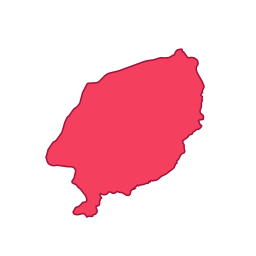 Upper Takutu-Upper Essequibo, Albers equal-area conic projection, rotated 230°
{"feature_id": "GUY-674", "entity_name": "Upper Takutu-Upper Essequibo", "entity_type": "Region", "adm_level": 1, "iso_a3": "GUY", "parent_name": "Guyana", "parent_adm1": "", "projection": "albers", "projection_center": [-59.289, 2.847], "detail": "fine", "context": "isolated", "style": "filled", "palette": "rose", "viewbox_px": 256, "rotation_deg": 230, "n_neighbors": 0, "source": "natural_earth", "source_scale": "10m", "svg_char_len": 4104}
<svg xmlns="http://www.w3.org/2000/svg" viewBox="0 0 256 256"><g transform="rotate(230 128 128)"><path d="M91.7,62.9L91.3,62.7L91.4,61.2L91.1,60.9L90.8,60.6L90.0,59.1L88.0,57.3L87.5,56.4L87.6,55.0L88.3,54.0L88.5,53.2L87.2,52.2L84.7,51.4L83.8,50.7L83.1,49.2L83.0,48.6L83.0,48.1L83.1,47.0L83.3,46.7L83.8,46.0L83.9,45.6L83.8,45.2L83.2,44.6L83.1,44.3L83.7,43.2L85.7,41.2L86.1,39.8L86.1,39.4L86.8,39.3L88.9,39.5L90.1,39.4L90.6,39.1L91.1,38.8L91.5,38.4L91.7,38.0L93.6,34.2L94.0,33.7L94.6,33.0L95.0,32.5L95.5,32.2L95.9,32.0L96.4,31.7L97.6,31.4L98.9,31.9L99.4,32.9L99.6,33.8L100.4,35.8L100.7,36.7L100.7,37.4L100.4,37.8L100.1,38.2L99.8,39.0L99.6,40.2L99.6,42.7L100.1,45.1L100.1,45.7L99.8,46.2L99.1,47.0L98.8,47.5L98.5,48.3L98.5,48.8L98.7,49.4L99.1,49.9L99.6,50.3L100.0,50.6L101.9,51.5L102.8,51.8L103.6,52.0L111.5,52.3L114.9,51.7L115.7,51.7L116.9,51.9L117.3,51.9L117.8,51.8L118.2,51.7L120.8,50.4L121.2,50.3L121.6,50.2L121.9,50.2L122.3,50.2L122.7,50.4L123.0,50.6L123.2,50.9L123.7,52.2L124.0,53.7L124.3,54.3L124.6,54.9L128.5,60.0L129.1,60.5L129.5,60.8L130.3,61.0L132.2,61.0L132.9,60.9L133.1,60.8L133.5,60.6L134.4,59.9L136.0,58.2L137.1,56.9L144.8,50.0L145.2,49.5L146.3,47.6L147.2,46.6L148.0,45.9L149.2,45.1L150.7,44.5L151.2,44.3L152.1,44.2L152.6,44.2L153.0,44.3L153.9,44.5L155.7,45.2L158.4,46.4L159.3,48.0L162.8,52.9L165.1,61.0L165.2,61.5L165.1,62.3L164.7,63.9L164.7,64.7L164.8,65.7L166.7,73.2L167.1,74.4L167.6,75.3L173.0,83.4L174.8,87.2L175.2,88.0L175.3,89.3L175.3,90.7L177.3,98.4L177.3,99.5L177.0,102.2L177.2,103.8L177.5,105.4L178.1,107.2L184.3,116.0L187.9,124.6L188.1,125.7L187.9,126.2L183.4,132.3L182.5,134.0L182.3,134.5L182.2,135.3L182.2,136.2L182.9,143.6L182.8,145.3L182.7,146.6L182.5,147.7L181.7,149.6L177.8,157.4L168.5,183.2L166.4,187.3L164.0,190.9L161.1,197.8L160.4,198.7L157.9,201.3L155.9,204.2L155.4,205.5L154.9,209.0L154.2,209.9L154.6,211.1L155.7,213.4L156.1,214.6L156.1,216.0L155.7,217.0L153.9,219.9L153.5,219.9L153.0,219.6L152.5,219.4L152.3,219.1L152.0,218.8L151.7,218.7L151.5,218.8L150.7,219.4L150.4,219.5L144.4,219.0L143.5,219.1L142.9,219.6L141.3,221.9L140.3,222.9L139.2,223.7L137.8,224.2L136.7,224.5L135.6,224.6L134.6,224.4L133.4,223.9L131.9,222.7L131.4,221.5L131.1,220.3L130.2,218.9L129.1,218.0L127.9,217.4L127.6,217.2L125.3,216.4L115.6,214.6L111.9,213.4L110.9,212.9L110.1,211.9L108.9,209.1L108.4,208.5L107.3,207.9L107.1,206.9L107.0,205.8L106.3,204.9L105.8,204.8L104.6,205.2L103.9,205.0L103.7,204.7L103.2,203.8L103.0,203.5L102.7,203.3L102.0,203.2L101.7,203.1L101.2,202.5L100.1,200.5L99.5,199.9L97.7,198.4L96.7,197.2L95.1,194.5L93.9,193.5L92.7,193.1L91.6,193.3L90.6,193.5L89.5,193.6L88.8,193.4L88.2,193.1L87.7,192.7L86.4,191.4L86.3,190.9L87.2,189.6L88.5,187.3L88.4,186.6L88.2,186.5L87.9,186.6L87.1,186.4L85.0,185.6L84.3,185.5L83.1,185.9L82.4,185.9L81.9,185.3L81.6,184.1L81.5,182.8L81.5,181.9L81.8,181.2L82.5,180.1L82.7,179.5L82.8,179.0L82.7,177.4L82.8,176.9L83.1,176.0L83.1,175.5L82.9,174.9L82.3,173.6L82.2,172.9L82.4,172.3L83.1,171.2L83.2,170.7L83.2,170.1L82.7,168.3L82.6,166.2L83.0,163.9L82.9,161.9L81.6,160.5L81.1,160.4L80.0,160.4L79.4,160.2L78.7,159.9L76.9,158.3L74.6,157.1L73.5,156.4L72.9,155.2L73.0,154.7L73.6,153.7L73.6,153.1L73.5,152.5L73.4,151.2L73.3,150.6L71.6,146.8L71.4,145.7L71.4,145.0L71.3,144.5L70.8,143.5L70.6,143.3L69.9,143.0L69.6,142.8L69.6,142.6L69.9,141.9L69.9,141.6L68.1,138.0L67.9,136.9L68.3,127.4L69.5,122.6L69.6,121.4L69.4,118.1L69.7,116.6L70.3,115.3L71.8,112.7L72.1,112.5L72.5,112.3L72.8,112.1L73.0,111.8L73.0,111.4L72.5,110.7L72.5,110.4L72.6,110.2L73.4,110.1L73.5,109.9L73.4,109.5L72.9,109.0L72.7,108.6L72.7,107.8L73.0,107.4L73.5,107.0L73.8,106.5L74.6,103.9L74.9,103.3L76.4,100.8L77.0,98.8L77.6,98.8L78.0,98.7L78.3,98.4L78.3,98.0L77.9,97.2L77.9,96.8L78.1,94.0L77.1,94.4L77.3,93.4L78.3,91.0L77.8,89.5L76.8,88.3L75.9,87.0L75.9,85.3L77.3,83.7L82.1,82.0L84.3,80.0L85.6,79.4L86.1,79.0L86.5,78.3L86.5,77.8L86.4,77.3L86.5,76.6L87.0,75.2L87.7,74.4L90.1,73.4L91.2,72.5L91.4,71.7L91.1,70.7L91.0,69.4L91.3,68.2L92.2,66.8L93.3,65.7L94.3,65.3L94.9,65.2L95.2,64.9L95.3,64.5L95.2,63.9L94.8,63.4L94.1,63.2L92.3,62.9L91.7,62.9Z" fill="#f43f5e" stroke="#9f1239" stroke-width="1.5"/></g></svg>